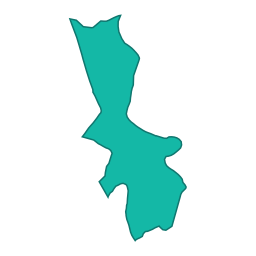 Sharas, Hajjah, Yemen
{"feature_id": "15242507B8279696782405", "entity_name": "Sharas", "entity_type": "district", "adm_level": 2, "iso_a3": "YEM", "parent_name": "Yemen", "parent_adm1": "Hajjah", "projection": "equal_earth", "projection_center": [43.654, 15.731], "detail": "fine", "context": "isolated", "style": "filled", "palette": "teal", "viewbox_px": 256, "rotation_deg": 0, "n_neighbors": 0, "source": "geoboundaries", "source_scale": "gbopen_adm2", "svg_char_len": 2409}
<svg xmlns="http://www.w3.org/2000/svg" viewBox="0 0 256 256"><path d="M69.9,18.9L71.4,23.2L76.8,37.5L79.0,44.8L81.4,53.0L81.9,54.7L83.2,59.6L83.8,61.6L86.5,70.9L89.7,80.9L92.8,89.4L92.9,90.5L93.0,92.5L93.3,92.8L95.1,96.1L98.4,103.5L100.6,107.8L101.2,110.3L101.2,111.4L101.1,111.6L100.9,112.7L99.4,114.4L96.8,118.2L93.1,123.0L90.5,125.9L88.6,128.1L84.8,133.6L82.3,136.8L93.7,140.0L96.0,141.8L98.4,143.7L100.8,144.9L101.1,145.1L103.5,146.5L106.1,147.9L108.5,148.7L110.7,150.4L112.1,153.3L111.3,155.6L108.9,163.4L108.6,163.8L106.6,166.4L105.4,172.3L105.0,176.0L99.2,181.7L108.0,197.1L108.2,196.4L110.1,193.0L112.4,191.3L114.0,188.6L115.8,186.2L118.2,185.1L120.6,183.8L123.1,183.3L125.8,184.4L126.7,185.3L127.3,186.8L128.2,190.7L127.9,194.2L127.5,198.2L127.2,203.5L126.6,205.3L126.4,208.3L125.7,211.7L126.1,214.8L126.1,215.6L126.8,219.2L127.0,219.8L127.7,221.7L127.9,222.2L129.0,225.5L129.8,228.9L130.6,232.2L131.8,235.2L133.3,237.8L134.8,240.0L135.2,240.6L135.5,240.3L135.7,239.9L137.7,238.7L139.8,237.8L142.3,236.4L143.3,233.7L145.1,231.8L145.6,231.5L147.6,231.3L152.7,229.2L152.8,229.1L154.8,227.9L157.1,226.9L159.1,226.1L159.2,226.3L160.9,228.0L162.8,229.7L165.2,230.1L165.9,230.2L166.7,229.7L171.9,226.3L180.5,195.6L180.6,194.8L181.4,193.2L182.0,192.1L185.7,188.4L186.1,187.0L185.0,184.9L182.9,182.4L182.2,179.2L180.5,176.9L178.3,174.6L176.0,172.7L174.1,171.2L173.5,170.7L171.0,169.2L168.8,167.7L166.6,165.7L165.2,163.0L164.5,159.3L164.6,159.1L166.0,156.5L168.6,156.1L171.2,155.3L173.7,153.9L176.0,152.1L178.6,149.9L180.6,147.9L181.6,144.9L181.4,143.6L181.2,141.7L179.3,139.4L176.9,137.9L174.3,137.1L171.7,136.8L169.0,136.9L166.7,138.3L164.1,138.2L156.3,135.8L155.8,135.9L153.3,134.8L150.8,133.7L148.0,132.7L145.5,131.7L143.1,130.4L142.9,130.3L140.9,129.0L140.4,128.7L137.8,127.1L135.6,125.5L133.5,123.7L131.2,122.0L129.1,119.9L127.2,117.1L126.3,113.8L126.7,111.8L126.9,110.7L127.8,107.2L129.1,104.2L130.2,101.2L130.5,97.7L131.0,94.4L131.4,91.2L131.6,90.5L132.2,87.9L132.6,87.0L133.3,84.9L133.6,75.6L138.8,60.7L139.4,58.6L139.3,57.8L138.0,55.0L136.1,52.7L134.7,51.2L134.1,50.5L131.9,48.3L129.4,46.3L127.0,44.6L125.2,43.5L124.7,43.2L121.8,38.7L118.9,32.0L118.1,26.4L118.2,21.4L119.5,18.1L120.6,15.4L118.8,15.7L116.4,16.6L113.9,17.7L111.5,18.9L109.0,20.2L106.4,21.2L105.6,21.2L103.8,21.2L100.8,21.0L93.1,27.5L91.6,27.7L83.3,26.7L76.3,20.2L69.9,18.9Z" fill="#14b8a6" stroke="#0f766e" stroke-width="1.5"/></svg>